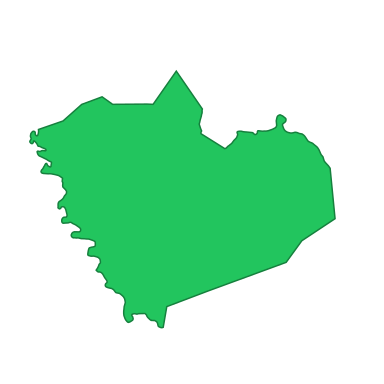 Villanueva, Cortés, Honduras (orthographic projection), rotated 252°
{"feature_id": "27666195B71161947465594", "entity_name": "Villanueva", "entity_type": "district", "adm_level": 2, "iso_a3": "HND", "parent_name": "Honduras", "parent_adm1": "Cortés", "projection": "orthographic", "projection_center": [-88.036, 15.321], "detail": "fine", "context": "isolated", "style": "filled", "palette": "green", "viewbox_px": 384, "rotation_deg": 252, "n_neighbors": 0, "source": "geoboundaries", "source_scale": "gbopen_adm2", "svg_char_len": 5766}
<svg xmlns="http://www.w3.org/2000/svg" viewBox="0 0 384 384"><g transform="rotate(252 192 192)"><path d="M72.2,122.8L90.8,132.6L92.9,176.6L96.0,259.8L111.7,281.4L122.4,319.8L171.9,330.7L174.8,329.8L178.9,327.9L180.4,327.4L180.9,327.3L185.0,327.4L185.8,327.1L187.0,326.6L187.8,326.3L191.0,326.0L193.0,325.8L194.4,325.4L195.6,325.1L196.9,324.4L199.3,322.8L201.0,321.8L201.8,321.0L202.9,319.6L203.8,318.7L204.6,318.1L205.8,317.7L208.9,316.9L210.4,316.4L211.4,315.9L213.1,314.7L213.8,313.5L214.4,312.3L216.0,310.4L216.7,309.2L217.0,308.2L217.1,306.2L217.3,305.0L217.5,304.3L217.9,303.5L218.6,302.4L219.3,301.3L220.4,300.3L221.3,299.6L222.5,299.1L223.7,298.8L226.5,298.7L227.4,298.7L227.9,298.8L228.4,299.1L228.7,299.4L229.1,300.4L229.7,302.1L230.2,302.8L230.6,303.2L231.4,303.6L232.0,303.8L232.5,303.9L233.0,303.8L233.6,303.5L236.2,301.8L237.6,300.3L238.0,299.9L238.2,299.5L238.2,298.5L238.0,297.5L237.6,296.7L237.0,296.1L235.6,295.2L233.6,294.1L230.0,293.3L229.1,293.1L228.5,292.6L227.9,292.1L227.5,291.5L227.3,290.9L226.8,288.0L226.7,284.1L226.8,282.7L227.1,281.0L227.7,279.4L227.9,278.2L228.4,277.0L229.7,274.2L229.8,273.7L229.8,273.4L229.5,273.1L229.1,272.8L228.2,272.5L227.8,272.2L227.5,271.8L227.1,271.0L227.1,269.7L227.9,269.0L229.5,268.2L229.9,267.7L232.3,262.2L232.8,260.9L233.6,259.2L234.4,258.0L234.8,257.1L235.2,255.8L235.4,254.3L235.2,253.6L234.8,253.3L234.2,253.2L233.2,253.3L232.3,253.1L230.6,251.8L229.5,250.6L228.1,247.8L225.9,244.7L225.3,242.9L224.7,241.5L224.4,240.3L223.2,238.1L223.1,236.6L244.5,218.7L245.3,218.6L245.8,218.9L247.1,220.0L249.5,219.8L254.2,219.8L254.7,220.0L255.3,220.5L257.9,222.0L261.1,224.2L262.8,225.1L263.7,225.8L264.8,226.3L266.8,226.9L267.7,227.5L311.8,214.4L287.4,182.1L289.5,176.4L299.9,143.6L310.3,135.9L309.4,114.2L299.4,91.3L298.9,65.3L297.0,64.8L295.3,64.0L293.8,63.0L293.5,62.6L293.3,62.2L293.4,61.7L293.7,61.3L294.1,61.1L294.8,60.9L295.5,60.8L297.1,61.3L298.0,61.1L298.4,60.7L298.7,60.2L298.8,59.7L298.8,59.2L298.6,58.7L298.3,58.2L297.5,57.0L297.3,56.8L296.1,56.1L295.1,55.6L294.2,55.5L293.1,55.6L292.2,55.4L291.7,55.0L290.8,53.9L290.2,53.4L289.5,53.3L288.7,53.6L288.1,53.9L287.7,54.3L287.4,54.9L287.5,55.4L287.8,56.0L288.3,56.5L289.0,56.8L289.4,57.1L289.4,57.5L289.3,57.8L287.9,58.6L286.4,59.2L285.7,59.4L283.7,59.7L283.2,59.8L282.9,60.2L282.2,61.6L280.7,62.9L279.0,65.1L278.3,65.7L277.9,66.1L277.4,66.2L276.9,66.1L276.6,65.7L276.5,65.2L277.5,63.0L277.7,61.7L277.5,60.5L277.5,59.9L277.9,59.1L278.5,58.1L278.5,57.7L278.4,57.4L278.1,57.1L276.3,57.0L275.4,57.1L274.7,57.3L274.0,57.6L273.4,58.0L272.7,58.8L271.4,60.2L267.8,63.9L266.2,65.1L264.1,67.3L263.6,67.5L263.2,67.4L261.3,66.4L260.0,65.8L259.7,65.5L259.6,65.2L259.7,64.8L259.9,64.5L261.5,63.0L264.0,62.6L264.2,62.2L264.2,61.6L263.0,60.2L262.3,59.6L261.7,58.8L260.5,57.6L259.9,56.8L259.4,55.8L259.0,55.4L258.5,55.0L258.0,54.7L257.5,54.7L257.0,54.8L256.6,55.0L256.3,55.3L255.6,56.3L254.5,59.0L253.7,61.0L253.3,62.5L252.7,63.9L250.9,67.1L249.2,69.8L248.7,70.4L247.8,71.2L245.5,72.9L245.1,73.1L244.8,73.0L243.4,72.3L242.4,71.9L242.0,71.8L240.9,72.0L240.3,71.9L238.2,71.0L237.1,70.8L236.5,70.8L233.3,72.4L231.9,72.8L231.1,72.8L229.6,72.2L229.3,71.9L228.9,71.5L227.6,69.4L226.1,67.9L225.4,66.9L224.7,65.3L224.0,62.8L223.7,62.3L223.5,62.0L222.8,61.4L222.1,61.0L220.7,60.5L219.6,60.2L218.7,59.8L218.3,59.7L217.9,59.9L217.2,60.4L216.9,60.7L216.9,61.4L217.0,62.0L217.9,62.9L218.1,63.3L218.1,63.7L218.0,64.3L217.8,64.9L217.5,65.4L216.9,65.9L215.8,66.3L215.0,66.4L214.1,66.5L208.6,66.1L207.8,65.6L207.3,65.2L207.0,64.8L207.1,64.3L207.6,62.2L207.4,61.4L207.0,60.7L206.3,59.9L205.4,59.4L204.4,59.1L203.5,59.0L202.9,59.2L202.5,59.4L202.3,59.6L202.1,59.9L201.5,62.4L200.9,64.6L200.9,66.3L200.7,67.1L200.5,67.5L200.1,68.0L199.2,68.5L196.8,71.1L193.1,73.9L192.5,74.2L191.9,74.5L191.4,74.6L190.9,74.6L189.9,74.2L189.3,73.7L188.9,72.8L189.1,71.9L190.2,68.7L190.5,67.9L190.5,67.2L190.5,66.6L190.3,65.9L190.0,65.3L189.6,64.8L189.0,64.3L188.5,63.9L187.9,63.7L187.3,63.7L186.8,63.7L186.2,64.0L185.7,64.3L185.3,64.7L185.0,65.2L184.7,66.3L184.0,67.8L183.7,69.0L183.4,69.8L183.0,70.5L182.2,71.7L181.8,72.4L180.9,75.0L180.0,77.0L179.4,78.6L179.2,79.2L178.6,80.1L176.5,82.8L175.4,84.0L174.8,84.4L174.1,84.4L172.5,84.0L171.3,83.6L170.6,83.2L170.4,82.9L170.3,82.2L170.3,81.2L170.6,79.2L170.6,77.8L170.6,77.3L170.4,76.8L170.1,76.5L169.3,75.9L167.8,75.0L165.6,73.9L164.8,73.6L164.3,73.6L164.0,73.6L163.7,73.8L162.4,75.7L162.0,76.6L161.7,77.7L161.4,78.8L159.7,81.4L159.2,82.0L158.8,82.5L157.5,83.3L156.8,83.6L156.1,83.7L154.8,83.5L153.5,83.2L153.0,83.0L152.5,82.4L152.1,81.6L151.8,81.2L150.2,80.0L148.9,78.7L148.2,78.0L147.9,77.3L147.2,76.7L146.8,76.9L146.2,77.2L145.2,77.8L144.8,78.4L144.5,79.4L144.3,79.8L143.3,80.9L142.7,81.2L141.3,81.8L137.6,82.5L134.1,83.6L133.3,83.6L132.8,83.5L132.2,83.2L131.4,81.5L130.6,80.9L130.1,80.7L129.7,80.6L129.3,80.6L128.8,80.7L128.5,80.9L128.0,81.3L127.0,82.5L125.7,84.6L125.2,85.6L124.8,86.0L123.4,87.2L120.0,88.4L119.3,89.3L118.2,91.3L117.5,92.1L115.8,93.2L115.0,93.7L113.6,94.4L112.5,94.7L111.2,94.9L109.1,94.7L107.4,94.4L104.6,92.5L103.8,92.0L101.4,91.0L101.0,90.8L100.0,90.3L98.5,89.8L97.6,89.5L95.6,89.1L94.4,89.1L92.2,89.2L91.0,89.4L90.4,89.6L89.1,90.1L88.3,90.5L87.9,90.9L87.6,91.4L87.6,92.0L87.7,93.3L88.4,95.8L88.7,96.2L89.0,96.5L89.4,96.7L89.9,96.9L91.6,97.0L92.7,96.7L93.2,96.6L93.6,96.7L93.9,96.9L94.1,97.1L94.2,97.5L94.2,98.0L94.2,98.7L94.1,99.5L93.8,100.3L93.2,101.2L92.9,101.9L92.8,102.5L92.8,103.6L92.6,104.3L91.0,109.6L90.6,110.0L89.7,110.4L89.2,110.7L88.1,110.7L86.9,111.0L86.3,111.2L83.8,112.5L83.4,112.8L82.5,113.5L82.6,113.8L82.1,114.5L81.3,116.8L80.2,117.8L79.0,118.5L78.4,118.6L77.1,118.6L75.2,118.4L74.8,118.5L74.4,118.6L73.2,119.8L72.6,120.6L72.4,121.0L72.2,121.7L72.2,122.8Z" fill="#22c55e" stroke="#15803d" stroke-width="1.5"/></g></svg>